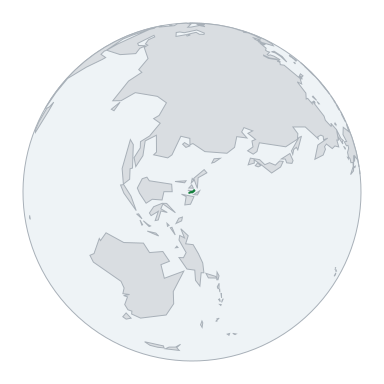 the Earth from above Cebu, rotated 48°
{"feature_id": "PHL-2514", "entity_name": "Cebu", "entity_type": "Province", "adm_level": 1, "iso_a3": "PHL", "parent_name": "Philippines", "parent_adm1": "", "projection": "orthographic", "projection_center": [123.774, 10.35], "detail": "fine", "context": "on_globe", "style": "filled", "palette": "green", "viewbox_px": 384, "rotation_deg": 48, "n_neighbors": 0, "source": "natural_earth", "source_scale": "10m", "svg_char_len": 9388}
<svg xmlns="http://www.w3.org/2000/svg" viewBox="0 0 384 384"><g transform="rotate(48 192 192)"><circle cx="192" cy="192" r="169" fill="#eef3f6" stroke="#a8b0b8"/><path d="M327.0,254.2L326.8,255.4L326.6,255.5L327.0,254.2ZM285.2,51.1L279.2,47.5L274.2,47.0L278.2,50.8L272.9,47.3L284.4,57.8L285.2,62.5L280.8,55.0L277.7,52.6L276.6,54.3L273.1,52.3L270.6,52.2L266.6,49.9L264.3,46.3L261.7,44.9L261.0,46.3L256.6,45.2L257.9,43.3L250.4,41.4L245.1,36.3L252.0,35.1L245.7,32.2L244.7,31.5L258.8,36.8L272.3,43.3L285.2,51.1ZM349.7,142.8L348.3,139.2L349.5,140.8L349.7,142.8ZM347.1,137.5L347.7,138.6L347.2,137.8L347.1,137.5ZM346.6,137.3L347.0,137.4L346.7,137.6L346.6,137.3ZM346.0,137.4L346.3,137.2L346.3,137.4L346.0,137.4ZM344.6,136.5L344.2,136.2L344.3,135.5L344.6,136.5ZM291.2,55.2L289.1,53.8L287.9,52.9L288.3,53.1L291.2,55.2ZM281.9,54.3L282.1,53.4L283.1,55.0L281.9,54.3ZM271.0,52.6L272.0,53.6L270.2,53.2L271.0,52.6ZM262.5,49.4L259.4,48.7L262.2,48.7L262.5,49.4ZM257.3,47.8L249.7,46.6L251.4,48.5L242.4,42.9L251.8,45.5L255.0,45.1L255.0,46.4L257.3,47.8ZM242.9,30.9L242.7,30.8L241.7,30.5L242.9,30.9ZM239.4,29.8L239.7,30.0L233.6,28.3L231.9,27.8L232.0,27.8L239.4,29.8ZM238.7,40.3L236.5,39.6L238.3,39.7L238.7,40.3ZM242.8,31.0L241.3,30.8L235.9,29.3L234.6,29.0L233.3,28.2L242.8,31.0ZM229.6,27.4L227.7,26.9L229.9,27.6L225.9,26.8L225.8,26.5L224.2,26.3L223.0,26.0L224.2,26.2L229.6,27.4ZM216.8,24.9L216.4,24.8L216.0,24.8L216.8,24.9ZM221.7,25.7L220.9,25.5L218.1,25.1L218.8,25.2L221.7,25.7ZM223.3,26.4L229.4,27.7L229.2,27.8L223.3,26.4ZM214.6,24.6L215.0,24.6L214.0,24.5L214.6,24.6ZM220.3,25.7L222.5,26.1L222.2,26.1L220.3,25.7ZM214.0,24.6L213.5,24.5L215.4,24.7L214.0,24.6ZM216.6,25.0L215.8,25.0L216.3,24.9L217.7,25.2L216.6,25.0ZM219.7,25.7L220.3,25.8L218.8,25.5L219.7,25.7ZM207.2,24.0L207.4,23.8L211.6,24.2L210.8,24.3L207.2,24.0ZM48.6,102.7L47.5,104.5L47.1,106.5L56.6,93.8L57.2,90.2L62.7,83.3L66.5,80.6L66.7,84.9L68.8,82.4L73.2,75.1L77.8,71.8L75.2,72.3L72.9,75.2L71.2,75.8L73.2,73.3L74.8,72.1L76.0,70.2L68.3,77.2L65.1,80.9L65.2,80.3L75.0,70.1L85.6,60.7L96.9,52.3L96.7,52.5L97.8,51.8L103.1,48.5L101.3,49.8L106.9,46.4L107.9,46.8L111.3,43.8L117.5,40.8L121.7,39.4L124.3,38.0L117.6,40.4L114.4,42.0L110.6,44.0L105.6,46.8L116.6,40.8L127.9,35.7L135.6,33.4L137.8,33.7L127.7,40.0L123.5,41.2L125.0,39.3L117.7,43.6L121.1,41.9L119.7,43.3L125.3,41.4L124.5,42.3L131.1,39.1L130.9,40.1L126.7,42.0L134.7,40.7L135.9,42.5L138.1,41.9L140.0,40.7L140.2,44.2L141.8,43.6L142.4,42.2L145.9,40.2L152.2,38.2L151.9,39.6L149.6,40.4L144.3,44.6L138.2,47.2L138.7,47.6L143.9,45.7L150.4,40.5L154.3,39.1L151.8,41.3L153.0,40.4L154.9,40.1L156.4,41.2L159.4,38.7L180.0,35.7L185.1,38.2L180.6,40.1L194.7,41.2L199.3,44.9L199.8,43.4L206.9,43.6L205.5,42.4L206.3,41.8L223.9,43.1L227.9,44.9L236.0,44.8L236.3,44.2L233.8,42.8L242.4,42.9L251.4,48.5L250.3,49.6L256.7,52.8L253.4,55.0L253.6,58.7L246.3,60.0L247.0,63.2L249.5,64.2L252.3,69.8L249.9,78.8L241.3,67.1L242.8,55.1L241.2,59.3L238.4,57.2L235.9,58.2L235.1,61.6L237.0,62.6L219.5,64.3L211.2,73.5L219.5,74.3L223.3,78.3L221.1,92.1L200.5,109.0L205.4,116.7L204.8,121.2L198.6,123.1L199.3,116.5L194.2,113.3L195.5,109.6L185.8,111.2L187.2,106.0L178.9,110.3L180.6,114.9L188.7,115.0L180.8,121.7L187.3,130.5L186.6,140.1L170.6,155.4L156.6,158.9L155.5,161.9L150.7,157.7L143.1,163.0L151.0,182.0L150.4,187.2L138.7,195.6L138.6,191.7L126.0,180.5L122.7,192.6L132.2,204.2L135.5,216.8L127.7,212.0L124.6,200.9L120.1,196.6L122.0,186.0L119.6,169.6L111.8,171.4L113.1,165.2L108.6,151.3L97.8,153.7L80.2,167.7L76.7,183.6L71.2,189.8L67.1,164.9L69.5,149.2L65.4,149.7L63.4,135.4L52.6,130.8L53.3,126.6L50.8,127.6L49.7,122.5L51.8,115.9L50.1,115.4L45.2,132.9L47.3,133.7L52.3,128.6L50.3,134.6L51.5,141.2L41.9,153.4L29.5,160.6L32.2,148.5L42.9,114.2L44.8,111.1L45.0,110.7L45.3,110.0L42.3,114.9L45.5,108.6L35.6,131.3L32.2,140.8L29.3,161.3L28.6,162.8L28.8,167.5L34.3,166.2L33.4,170.2L28.5,187.1L24.4,208.4L27.1,226.5L30.7,241.3L31.7,245.5L28.2,233.6L25.6,221.5L23.9,209.3L23.1,196.9L23.2,184.6L24.2,172.2L26.1,160.0L28.9,147.9L32.5,136.1L37.1,124.6L42.4,113.5L48.6,102.7ZM62.9,97.0L65.7,99.8L71.3,90.8L72.8,91.3L74.2,88.2L71.7,90.1L76.1,82.1L79.7,81.0L82.9,77.6L82.2,76.5L74.8,80.1L68.4,91.2L64.9,94.0L62.9,97.0ZM197.2,23.1L197.9,23.2L193.7,23.2L187.0,23.2L188.4,23.3L185.3,23.7L179.6,24.0L182.6,23.6L174.2,24.4L175.0,24.0L174.0,24.2L172.4,24.2L168.7,24.7L182.9,23.3L197.2,23.1ZM210.8,24.1L210.7,24.1L210.8,24.1ZM209.8,24.0L207.1,23.7L206.6,23.8L204.1,23.6L205.8,24.0L197.7,23.5L194.1,23.3L203.1,23.4L209.8,24.0ZM155.1,28.2L157.3,27.5L158.1,27.5L164.1,26.3L164.1,26.8L160.4,27.6L155.1,28.2ZM54.8,95.4L52.9,97.3L53.8,95.8L54.3,95.4L54.8,95.4ZM156.0,28.5L158.5,27.9L156.9,28.5L156.0,28.5ZM164.3,27.1L163.0,27.7L164.7,26.7L164.3,27.1ZM100.7,328.3L104.2,330.5L102.6,330.1L100.7,328.3ZM35.8,244.1L42.9,268.4L41.3,267.1L37.5,259.1L32.6,243.8L33.3,241.0L32.7,234.6L35.8,244.1ZM178.0,249.4L183.3,250.6L183.1,251.4L178.0,249.4ZM172.5,246.3L178.5,247.1L171.6,247.8L172.5,246.3ZM180.8,247.4L186.8,246.5L189.5,245.5L189.0,247.0L180.8,247.4ZM168.5,245.9L147.3,243.4L139.0,240.4L140.8,237.8L154.2,240.1L168.5,245.9ZM140.2,237.7L127.8,228.2L111.8,202.7L117.5,203.9L134.4,220.2L133.3,222.5L140.8,229.8L140.2,237.7ZM170.8,226.4L169.6,233.6L157.8,231.8L152.5,230.0L148.8,220.1L150.8,215.6L155.1,216.2L172.6,201.9L178.5,206.5L173.0,212.7L177.9,219.6L170.8,226.4ZM77.1,185.3L79.4,195.6L76.5,196.6L77.1,185.3ZM180.2,191.3L172.8,197.6L179.7,188.9L180.2,191.3ZM184.6,182.9L184.8,186.5L182.1,182.8L184.6,182.9ZM154.8,166.7L150.2,167.0L150.3,164.5L156.3,162.7L154.8,166.7ZM185.9,148.4L184.9,155.6L183.7,157.9L182.1,153.3L185.9,148.4ZM158.8,34.6L150.5,35.4L144.4,37.0L140.9,39.1L142.3,36.8L151.6,34.3L158.8,34.6ZM177.4,35.3L180.5,33.9L181.6,34.6L181.0,35.1L177.4,35.3ZM177.5,34.3L176.7,32.4L180.0,31.8L180.0,33.4L177.5,34.3ZM166.0,29.5L163.5,29.6L164.9,29.0L166.0,29.5ZM287.3,316.2L289.2,317.1L284.4,321.4L277.8,325.8L271.6,327.4L287.3,316.2ZM238.4,326.9L237.8,321.9L245.0,321.7L242.4,326.0L238.4,326.9ZM291.9,312.8L296.2,308.1L297.5,302.4L297.4,307.5L301.2,307.5L290.7,316.7L291.9,312.8ZM210.9,304.5L178.1,312.2L170.7,310.2L172.2,306.0L164.5,292.0L166.9,292.5L164.8,283.2L183.9,276.5L197.5,262.3L208.6,264.1L216.7,253.5L228.4,255.1L225.2,263.7L237.6,270.3L245.3,251.0L253.4,272.5L262.8,280.4L266.1,293.5L251.3,314.6L242.3,318.5L240.3,316.4L236.7,318.4L230.6,317.3L226.8,310.1L223.2,312.1L226.4,307.0L221.3,311.4L217.9,306.7L210.9,304.5ZM294.5,270.9L296.4,271.5L299.4,275.1L296.4,274.5L294.5,270.9ZM322.3,258.7L323.2,260.4L321.2,260.9L322.3,258.7ZM326.6,255.5L324.3,256.3L327.0,254.2L326.6,255.5ZM303.7,258.7L304.7,260.0L304.0,260.5L303.7,258.7ZM303.0,258.3L304.0,256.2L303.9,258.3L303.0,258.3ZM294.0,246.7L295.1,245.6L295.6,246.5L294.0,246.7ZM191.1,251.4L198.3,246.4L202.4,246.2L191.1,251.4ZM292.4,244.4L289.6,244.1L289.9,243.0L292.4,244.4ZM292.5,241.7L292.2,240.1L293.9,243.9L292.5,241.7ZM287.1,238.0L290.5,240.9L286.7,238.3L287.1,238.0ZM285.1,238.3L282.7,236.9L282.8,236.5L285.1,238.3ZM258.1,239.2L267.2,249.1L260.0,248.5L251.9,242.2L245.9,247.3L232.0,245.5L235.1,242.3L233.1,236.9L219.0,233.8L216.1,230.2L221.1,228.3L211.8,224.9L222.0,224.1L226.2,231.4L231.9,226.4L242.0,228.5L251.9,231.5L260.0,237.2L258.1,239.2ZM222.1,239.5L223.9,239.6L222.4,241.6L222.1,239.5ZM278.0,232.9L281.6,236.4L281.2,237.3L279.4,236.7L278.0,232.9ZM261.8,236.1L270.5,230.9L272.6,231.1L266.8,237.3L261.8,236.1ZM268.3,227.0L272.4,228.0L274.6,231.4L273.8,232.3L268.3,227.0ZM201.5,231.3L201.1,233.2L198.5,231.5L201.5,231.3ZM204.8,230.5L212.7,233.2L204.1,232.1L204.8,230.5ZM181.4,221.6L183.6,226.4L190.7,224.1L185.3,227.8L190.2,235.8L188.6,238.5L183.8,229.9L182.2,238.2L179.1,237.7L177.3,230.3L180.4,221.8L183.5,218.5L196.3,218.2L181.4,221.6ZM204.7,224.9L202.7,219.4L204.2,215.9L206.5,219.0L204.7,224.9ZM196.8,206.0L191.5,199.4L186.6,201.3L196.8,193.7L200.1,201.3L196.8,206.0ZM192.6,192.2L187.9,193.9L192.9,189.4L192.6,192.2ZM186.9,191.7L186.5,187.4L190.1,188.4L186.9,191.7ZM195.0,192.6L196.2,185.5L197.8,189.9L195.0,192.6ZM185.5,177.9L192.9,185.6L183.0,181.6L183.5,168.0L187.7,168.1L185.5,177.9ZM214.8,127.4L214.3,123.7L218.4,123.4L217.6,126.0L214.8,127.4ZM231.2,120.1L219.3,122.1L209.6,124.3L212.2,126.3L209.4,132.1L205.9,126.0L213.2,120.1L220.4,119.6L222.1,114.8L227.8,112.1L227.6,106.1L230.3,103.8L232.7,109.4L231.2,120.1ZM227.2,103.5L228.9,93.5L236.3,95.9L237.6,98.6L233.7,102.1L230.0,100.6L227.2,103.5ZM231.5,92.0L228.0,90.6L223.0,76.0L223.9,73.6L231.5,85.2L228.6,84.6L228.5,88.0L231.5,92.0ZM236.8,40.4L236.5,39.7L238.1,40.5L236.8,40.4ZM205.4,41.1L206.7,40.4L208.6,41.1L205.4,41.1ZM211.4,38.9L208.4,38.5L211.7,38.4L211.4,38.9ZM201.7,37.9L207.3,38.1L201.8,38.8L201.7,37.9Z" fill="#d9dde1" stroke="#a8b0b8" stroke-width="1"/><path d="M192.3,192.3L192.2,192.3L191.8,192.6L191.8,192.8L191.7,192.8L191.6,193.1L191.6,193.3L191.2,194.1L191.2,194.3L191.0,194.5L190.8,194.7L190.8,194.8L190.7,194.8L190.7,194.7L190.8,193.7L190.9,193.4L190.9,193.2L191.0,193.1L191.0,192.9L191.2,192.7L191.3,192.6L191.4,192.3L191.5,192.1L191.8,191.7L191.8,191.4L192.0,191.1L192.2,190.9L192.4,190.3L192.5,190.2L192.4,190.0L192.4,189.9L192.5,189.9L192.5,189.7L192.7,189.3L192.8,189.3L192.8,189.5L192.7,189.8L192.8,189.9L192.8,190.0L192.8,190.3L192.8,190.5L192.7,190.8L192.8,191.2L192.8,191.3L192.8,191.6L192.7,191.8L192.6,192.0L192.6,191.9L192.4,191.7L192.3,191.8L192.2,192.0L192.3,192.3ZM192.1,189.6L191.9,189.7L191.8,189.4L191.9,189.2L192.0,189.3L192.0,189.5L192.1,189.6Z" fill="#22c55e" stroke="#15803d" stroke-width="1.5"/></g></svg>